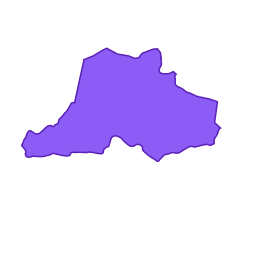 Gomier, Micoud, Saint Lucia (Robinson projection), rotated 125°
{"feature_id": "8701671B18613428350032", "entity_name": "Gomier", "entity_type": "district", "adm_level": 2, "iso_a3": "LCA", "parent_name": "Saint Lucia", "parent_adm1": "Micoud", "projection": "robinson", "projection_center": [-60.951, 13.816], "detail": "fine", "context": "isolated", "style": "filled", "palette": "violet", "viewbox_px": 256, "rotation_deg": 125, "n_neighbors": 0, "source": "geoboundaries", "source_scale": "gbopen_adm2", "svg_char_len": 4928}
<svg xmlns="http://www.w3.org/2000/svg" viewBox="0 0 256 256"><g transform="rotate(125 128 128)"><path d="M97.5,203.4L97.8,203.0L116.5,195.2L138.0,186.2L138.2,186.7L138.5,187.5L138.8,187.7L139.0,187.9L139.3,188.1L139.7,188.3L140.4,188.6L141.6,188.6L142.7,188.4L143.6,188.2L144.6,188.2L144.8,188.1L145.4,188.0L145.9,188.0L146.6,187.9L147.3,187.9L148.1,187.9L149.3,187.9L150.1,188.0L150.6,188.0L151.2,188.2L151.9,188.4L152.4,188.4L152.9,188.4L153.6,188.4L154.5,188.5L155.7,188.6L156.9,188.6L157.4,188.7L157.6,188.8L158.2,189.0L158.4,189.1L159.4,189.2L160.0,189.3L161.0,189.3L161.5,189.1L161.8,188.9L162.4,188.7L162.6,188.6L163.0,188.4L163.3,188.2L163.5,188.1L163.9,187.9L164.4,188.1L166.2,189.0L167.3,189.5L167.7,189.8L167.9,189.7L168.6,189.6L169.3,189.7L169.6,189.9L169.8,190.1L170.0,190.5L170.1,191.2L170.0,192.0L170.3,192.6L170.7,193.2L171.3,193.9L172.0,194.6L173.2,195.1L175.4,195.7L177.8,196.1L181.3,196.9L182.5,197.3L183.3,197.5L183.5,197.7L183.8,197.8L184.1,198.0L184.6,198.6L185.2,199.2L185.4,199.6L185.7,200.2L185.9,201.2L186.0,202.0L186.0,202.8L186.0,203.5L186.0,203.8L186.1,204.4L186.1,204.9L186.1,205.7L186.3,206.3L186.4,206.6L186.6,206.9L186.9,207.3L187.5,207.5L188.5,207.6L189.4,207.6L189.6,207.6L190.7,207.4L191.7,207.2L192.7,206.8L192.9,206.7L193.9,206.4L194.4,206.4L194.9,206.4L195.7,206.5L196.6,206.5L196.9,206.5L198.1,206.2L198.3,206.1L199.1,205.9L200.0,205.6L200.3,205.6L200.7,205.4L201.0,205.4L201.3,205.4L201.7,205.3L202.1,205.3L203.3,205.1L203.4,204.7L203.5,204.5L204.0,202.5L204.2,201.7L204.6,200.5L205.2,199.1L206.1,198.0L206.8,197.6L208.0,197.3L208.7,196.6L209.3,195.9L209.7,194.8L209.5,193.8L208.8,192.5L207.4,191.0L205.6,189.7L204.6,188.1L203.3,185.8L201.1,182.5L198.7,179.8L197.6,179.1L195.7,177.2L194.9,176.5L193.1,175.8L192.4,175.5L191.6,174.5L191.3,173.6L190.9,172.9L190.1,170.7L189.1,168.4L188.4,166.4L187.2,164.3L185.9,161.8L184.5,160.4L183.1,160.0L182.4,160.2L182.0,160.3L180.8,160.3L180.0,159.9L178.9,158.1L177.6,156.3L175.7,153.9L174.7,152.2L173.1,149.8L172.3,148.3L171.1,147.1L170.2,146.3L169.0,144.3L168.4,143.3L168.2,142.9L168.0,142.3L167.7,141.7L167.3,140.8L166.9,139.8L166.5,138.8L166.1,138.0L165.6,137.2L165.0,136.0L164.5,135.2L163.9,134.7L163.2,134.3L162.5,134.2L161.8,134.4L160.9,134.9L160.7,135.0L160.0,135.5L159.4,135.5L158.8,135.4L158.3,135.2L157.0,134.9L156.6,134.8L155.6,134.3L154.9,133.7L154.4,133.3L153.8,133.4L153.2,133.5L152.4,133.9L150.8,134.3L147.2,135.6L146.1,135.8L145.5,135.9L144.7,135.8L144.1,135.7L143.3,135.3L142.5,134.7L141.9,134.1L141.3,133.4L141.0,132.5L140.8,131.6L140.5,130.7L140.3,129.9L140.3,129.4L140.1,128.8L140.2,128.0L140.3,127.2L140.6,126.3L140.8,125.1L141.0,124.0L141.3,122.6L141.4,121.2L141.5,120.5L141.6,119.4L141.7,117.9L141.7,116.9L141.6,115.9L141.4,115.2L141.1,114.7L140.7,114.2L140.3,113.6L139.7,113.0L139.0,112.6L138.6,112.4L137.9,112.2L136.8,111.6L136.3,111.2L135.7,110.4L135.3,109.9L134.9,108.7L135.0,108.1L134.9,107.7L134.9,107.2L134.9,106.6L135.1,106.0L135.4,105.4L135.7,104.9L136.2,104.4L136.9,104.0L137.3,103.7L137.7,103.2L137.9,102.7L138.0,101.9L138.1,101.0L138.4,99.3L138.4,98.2L138.6,97.1L138.7,96.1L138.7,94.8L138.6,93.5L138.6,93.1L138.7,92.0L138.7,91.4L138.6,90.2L138.5,89.2L138.4,88.2L138.5,87.0L138.6,85.4L138.2,84.6L137.8,84.2L137.2,83.9L134.6,83.8L131.4,83.2L129.4,82.8L128.4,82.3L128.1,82.1L127.6,81.5L126.8,80.8L126.2,80.2L125.7,79.8L125.0,79.2L124.6,79.0L123.9,78.5L123.4,78.2L122.7,77.8L122.5,77.4L122.3,77.0L122.0,76.3L121.5,75.2L121.1,74.5L120.6,73.6L120.0,72.8L119.4,72.2L119.0,72.0L118.1,71.5L117.0,71.1L109.7,67.9L109.1,67.6L108.4,67.1L107.5,66.5L106.6,65.6L106.2,64.8L105.8,63.6L105.7,63.0L105.3,62.5L104.8,62.0L104.4,61.6L103.6,61.0L102.7,60.1L101.6,59.2L100.1,58.0L99.1,57.0L98.0,55.9L97.0,54.9L96.3,54.1L95.9,53.5L95.7,53.0L95.6,52.4L95.4,51.6L95.1,51.0L95.0,50.6L94.8,50.3L93.8,49.8L92.4,49.1L91.5,48.4L89.9,49.5L88.9,50.2L88.4,50.5L87.4,50.9L86.0,51.1L83.5,51.1L81.4,51.4L80.3,51.7L79.3,52.1L78.2,52.5L75.6,52.5L75.0,52.2L73.9,60.2L55.3,69.7L55.8,72.0L56.5,74.3L57.3,77.3L60.1,83.9L61.1,86.3L61.6,87.0L61.9,88.4L62.6,89.9L63.3,94.1L63.7,96.4L64.4,98.7L64.7,99.5L65.0,101.2L65.0,102.2L64.7,105.6L65.0,108.2L65.6,110.7L65.6,112.1L65.3,113.8L64.3,115.1L62.5,116.2L62.0,116.7L60.6,117.4L59.7,118.6L58.1,119.5L57.3,119.6L56.3,119.4L56.0,121.5L55.8,123.2L56.1,123.4L57.0,123.9L57.5,124.1L58.2,124.5L58.8,124.9L59.3,125.2L59.8,125.6L60.4,126.1L60.8,126.6L61.2,127.1L61.5,127.5L61.9,128.0L62.3,128.6L62.6,129.0L63.1,129.8L63.4,130.5L63.7,131.0L64.0,131.7L64.1,132.2L64.2,132.9L64.2,133.3L64.1,134.1L63.6,134.8L63.4,135.3L62.6,135.7L62.1,136.0L61.6,136.1L61.1,136.3L59.8,136.5L58.6,136.7L58.0,136.7L57.4,136.8L57.0,137.0L56.0,137.6L55.1,138.3L54.5,138.9L53.6,139.8L53.3,140.0L52.9,140.4L51.9,141.3L51.3,141.9L50.9,142.4L51.2,141.4L47.7,144.7L46.3,149.5L49.1,152.7L58.6,159.2L64.3,159.6L67.1,162.4L68.6,168.9L73.5,179.0L74.9,191.2L78.5,193.2L89.1,198.0L97.5,203.4Z" fill="#8b5cf6" stroke="#5b21b6" stroke-width="1.5"/></g></svg>